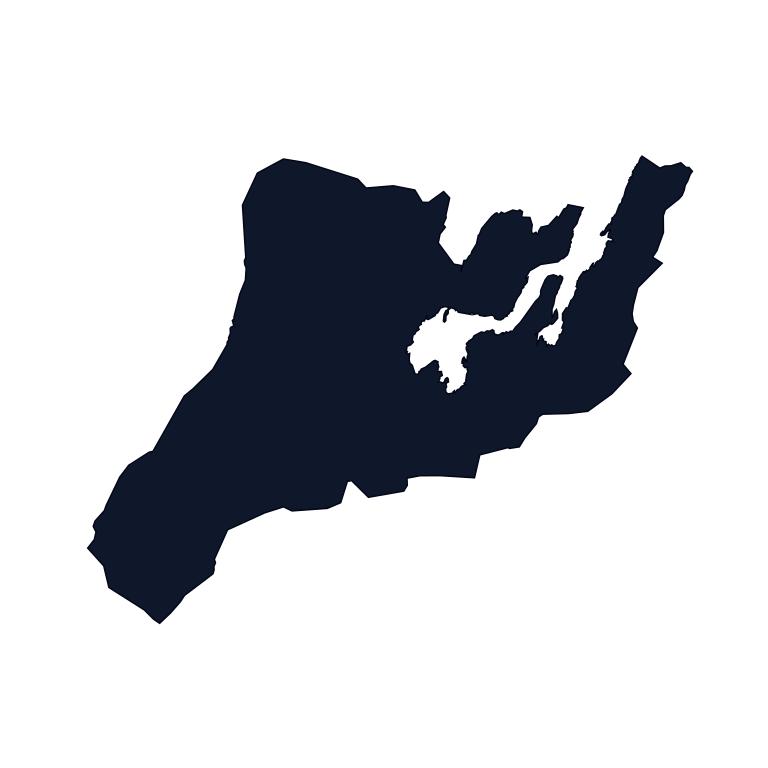 Samnanger nor, Hordaland, Norway (orthographic projection), rotated 194°
{"feature_id": "86288312B8204828697072", "entity_name": "Samnanger nor", "entity_type": "district", "adm_level": 2, "iso_a3": "NOR", "parent_name": "Norway", "parent_adm1": "Hordaland", "projection": "orthographic", "projection_center": [5.7, 60.407], "detail": "fine", "context": "isolated", "style": "filled", "palette": "ink", "viewbox_px": 768, "rotation_deg": 194, "n_neighbors": 0, "source": "geoboundaries", "source_scale": "gbopen_adm2", "svg_char_len": 6169}
<svg xmlns="http://www.w3.org/2000/svg" viewBox="0 0 768 768"><g transform="rotate(194 384 384)"><path d="M273.5,314.9L273.9,338.4L248.1,352.4L246.8,351.8L237.5,355.7L234.3,365.8L226.6,382.3L226.1,389.3L222.7,393.1L197.8,400.0L179.7,406.8L160.5,429.7L146.9,453.8L156.8,461.0L151.7,499.6L157.3,505.0L160.3,512.3L161.1,520.9L161.0,538.9L143.3,568.5L154.1,572.0L151.5,579.2L149.5,598.6L153.7,614.8L153.2,621.1L142.7,634.8L140.4,639.1L139.6,644.8L139.8,649.5L138.4,654.6L137.6,661.5L136.2,665.0L140.5,667.9L143.4,667.2L149.5,670.5L158.3,665.1L164.1,663.5L168.6,660.2L188.8,667.5L189.9,665.1L190.5,659.8L191.8,657.9L191.8,656.1L192.7,655.6L192.8,653.4L194.1,650.5L194.1,649.5L192.9,649.1L193.9,647.3L193.1,646.5L194.9,644.1L194.0,644.2L195.8,641.2L195.0,639.3L195.4,638.2L194.8,638.4L196.0,635.6L196.6,631.7L196.6,624.1L197.6,620.7L197.3,617.5L198.9,615.1L200.2,603.8L201.0,603.8L201.4,602.0L203.0,600.1L202.3,597.4L203.0,595.7L202.6,594.0L204.5,593.7L206.3,589.5L207.5,583.6L208.6,585.1L209.9,583.1L210.1,581.1L208.8,580.5L205.9,582.3L204.4,586.0L203.2,587.6L202.5,586.7L201.9,588.4L201.3,586.6L202.5,584.4L202.2,580.7L197.4,580.2L196.5,577.9L197.1,577.8L196.5,577.4L201.1,577.2L202.4,574.3L201.1,570.4L202.2,569.2L202.5,564.4L201.8,562.2L202.6,561.7L203.2,557.6L204.3,557.2L204.9,555.1L206.2,555.2L207.6,553.3L208.7,548.6L210.1,549.1L210.1,551.8L210.6,551.5L212.3,547.0L212.0,545.4L214.0,542.6L215.0,543.3L216.9,539.6L216.5,541.6L217.7,541.2L220.3,534.6L220.6,531.5L221.3,531.0L220.9,525.2L219.3,524.6L220.4,524.6L219.4,523.9L220.8,520.1L220.5,516.1L221.6,512.0L222.8,510.5L223.9,502.1L225.5,502.0L227.8,495.5L226.2,488.9L224.4,488.2L225.0,481.4L223.7,481.7L223.4,480.5L223.9,475.7L225.8,474.2L225.0,470.4L226.5,466.3L226.8,463.1L228.5,461.8L230.9,462.5L231.6,461.2L234.1,462.4L234.5,461.0L235.5,460.5L235.2,461.3L236.5,462.2L237.0,464.3L240.1,464.3L240.1,466.2L241.1,465.8L242.0,468.8L242.8,468.8L243.9,467.6L244.7,459.2L245.5,460.1L245.0,463.2L246.4,463.2L247.0,469.7L249.1,468.1L249.9,468.7L245.7,472.8L242.9,477.4L239.3,480.1L237.8,482.9L236.5,482.5L236.2,483.7L235.4,482.7L234.4,483.8L231.4,489.9L232.8,494.7L234.7,498.0L235.8,495.8L236.4,489.7L237.0,489.1L239.1,497.3L238.6,502.4L239.1,511.2L238.0,514.3L238.2,516.0L237.1,520.1L237.4,522.0L236.5,524.9L236.1,529.5L236.6,530.9L239.4,531.9L241.4,529.1L242.4,530.7L246.2,530.9L250.9,528.3L252.7,524.4L254.4,514.4L254.4,511.6L253.6,508.9L254.4,505.2L257.1,500.8L266.6,476.8L270.1,470.9L271.8,466.4L274.3,465.7L275.5,463.8L278.0,464.3L280.0,461.2L280.4,462.6L281.6,462.4L284.5,459.2L288.0,459.0L289.5,460.0L290.2,462.2L292.0,462.9L294.2,460.9L297.1,460.4L298.9,458.2L302.2,458.0L308.3,452.5L309.0,449.5L312.3,446.0L312.2,444.1L313.1,444.4L313.8,442.7L312.0,441.1L313.1,440.0L312.7,437.8L310.3,434.5L309.5,434.7L309.8,430.1L308.7,425.8L310.0,425.3L310.5,427.2L312.9,429.4L313.8,427.7L313.8,425.3L311.9,426.4L313.6,423.2L311.6,422.8L311.5,420.8L309.6,419.5L307.1,420.1L306.7,417.8L305.5,417.2L306.2,413.2L305.3,405.9L306.4,403.9L304.9,403.3L308.2,400.4L309.7,397.2L311.4,396.3L312.8,392.6L313.5,392.7L314.0,394.5L315.1,393.0L315.0,391.8L319.6,389.9L321.8,390.9L323.1,394.0L322.6,396.7L323.3,397.3L323.8,400.0L321.9,401.6L323.1,404.8L324.3,405.4L325.6,404.0L326.4,399.3L331.7,399.6L331.1,402.6L331.5,404.5L329.5,406.4L331.4,410.0L334.9,409.0L335.4,413.0L335.0,413.8L336.9,417.2L336.9,418.6L340.0,419.3L341.5,418.4L347.7,410.4L351.4,407.5L352.0,405.3L353.1,404.5L352.7,403.6L353.4,401.6L356.2,401.2L361.1,409.0L364.0,410.6L365.5,413.8L366.5,419.9L368.1,418.6L370.2,420.0L370.1,420.9L368.5,420.7L370.3,421.6L370.8,426.2L367.7,428.3L365.7,431.8L367.3,433.7L367.7,438.3L366.0,440.4L365.8,442.3L363.1,445.4L364.4,447.2L364.3,449.0L362.2,450.9L362.9,452.1L362.2,454.4L360.3,454.7L358.8,460.2L357.8,457.2L356.5,457.4L352.5,461.3L352.8,462.7L352.1,461.7L351.1,462.6L350.5,465.0L349.1,466.1L347.5,471.4L343.5,473.9L340.0,474.0L340.0,471.5L341.7,470.1L342.5,466.0L341.6,459.4L340.3,458.7L339.3,460.6L340.4,464.9L338.8,468.1L339.6,471.3L337.3,474.3L333.1,473.8L332.4,472.6L331.1,473.5L329.2,471.6L316.5,472.5L317.0,473.0L316.5,474.3L314.7,474.2L314.4,472.9L309.6,475.2L307.8,473.7L302.7,474.1L295.7,477.0L293.6,476.3L292.2,474.3L288.5,473.9L286.1,474.5L283.9,476.6L283.8,477.8L280.8,479.9L281.4,480.6L279.7,482.6L279.4,484.3L276.2,486.7L277.3,486.1L277.6,487.8L276.7,490.0L276.8,494.0L275.5,499.7L273.2,505.7L273.3,509.9L271.8,511.4L272.3,512.1L269.7,517.4L270.1,522.5L271.8,520.6L272.3,521.2L270.0,529.1L260.9,537.9L244.8,544.6L241.0,550.1L240.5,549.1L237.3,553.6L236.7,558.6L237.4,558.3L237.3,559.9L236.5,562.1L237.3,564.1L236.6,566.9L237.8,568.8L236.6,572.9L236.8,575.6L237.7,576.6L237.5,578.1L238.7,579.2L235.6,586.5L235.3,591.9L234.3,596.2L235.2,595.8L233.3,603.2L248.8,602.5L249.6,599.0L251.8,597.3L254.8,587.4L256.9,588.5L262.7,577.6L269.6,574.2L270.8,570.2L270.9,567.3L271.6,566.5L273.3,568.0L275.6,565.9L277.0,566.4L278.0,568.6L278.7,574.3L282.7,580.9L290.4,579.3L291.0,580.1L291.3,584.7L294.3,585.8L296.5,584.0L301.0,584.0L308.3,578.5L311.8,579.1L313.5,575.9L315.8,577.4L317.2,576.5L319.9,572.8L326.8,558.6L327.6,552.2L328.5,551.1L328.1,542.4L330.9,533.5L330.9,530.7L332.6,528.4L333.8,524.1L336.3,523.2L336.2,511.1L337.7,517.7L345.2,517.2L365.5,534.1L365.9,543.1L362.4,551.0L365.2,553.1L363.9,560.5L364.8,562.7L365.3,580.4L372.7,585.2L384.6,571.0L390.8,569.6L401.0,579.7L422.9,578.6L448.8,569.8L459.1,576.4L513.3,579.8L536.0,578.0L557.9,558.0L564.6,523.3L548.7,473.2L549.3,470.0L548.2,466.6L545.8,463.2L543.6,451.1L545.7,436.2L545.8,413.2L545.3,410.7L546.5,409.0L543.8,404.0L546.3,402.0L546.7,400.6L545.3,395.9L546.0,391.4L545.3,389.0L546.2,387.2L545.9,383.9L553.7,356.6L568.3,332.9L574.9,324.1L591.9,262.7L595.3,261.1L612.0,243.5L617.9,229.7L624.2,199.0L624.7,193.5L631.2,181.2L631.7,175.5L627.6,170.7L627.5,162.9L631.8,153.1L611.9,139.7L601.7,120.0L562.0,106.8L550.4,99.9L543.8,97.5L535.5,110.6L528.9,123.5L526.4,130.6L504.0,158.5L503.9,162.5L504.9,165.9L504.2,169.6L506.2,173.0L500.5,204.7L468.6,230.1L451.7,240.5L442.6,238.6L408.9,249.6L397.3,258.4L396.0,280.6L392.1,282.4L371.7,270.3L338.9,284.9L336.9,291.3L338.9,298.2L326.9,303.7L307.7,308.6L273.5,314.9Z" fill="#0f172a" stroke="#020617" stroke-width="1.5"/></g></svg>